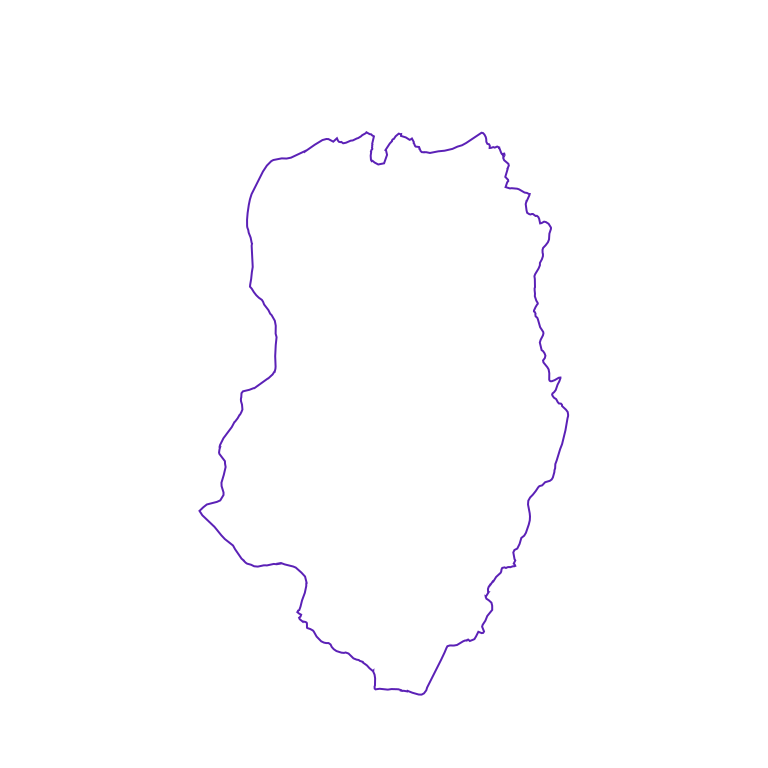 Rungwe, Mbeya, United Republic of Tanzania (Equal Earth projection), rotated 211°
{"feature_id": "72390352B86695961679763", "entity_name": "Rungwe", "entity_type": "district", "adm_level": 2, "iso_a3": "TZA", "parent_name": "United Republic of Tanzania", "parent_adm1": "Mbeya", "projection": "equal_earth", "projection_center": [33.663, -9.236], "detail": "fine", "context": "isolated", "style": "outline", "palette": "violet", "viewbox_px": 768, "rotation_deg": 211, "n_neighbors": 0, "source": "geoboundaries", "source_scale": "gbopen_adm2", "svg_char_len": 6166}
<svg xmlns="http://www.w3.org/2000/svg" viewBox="0 0 768 768"><g transform="rotate(211 384 384)"><path d="M587.9,524.7L594.2,519.0L595.4,517.0L596.9,510.9L597.2,503.8L595.3,478.5L594.0,473.2L592.1,467.8L589.0,460.4L586.0,454.3L582.7,448.9L581.7,447.7L579.7,446.1L577.9,444.0L573.7,440.8L570.0,436.7L569.5,436.5L568.7,434.4L556.8,416.7L554.9,411.9L552.0,405.7L549.9,400.3L549.0,398.4L546.5,397.6L542.8,395.7L539.2,394.3L535.7,393.5L532.0,393.2L530.0,392.2L527.7,390.4L521.1,387.8L517.7,385.6L515.9,385.2L510.2,382.0L506.8,378.2L502.8,371.3L500.2,368.8L496.9,361.7L491.6,351.8L485.9,343.1L484.9,341.1L484.1,338.5L484.3,338.5L484.4,334.9L486.1,329.1L486.4,328.9L493.0,313.6L493.6,313.3L496.4,309.7L501.1,305.1L501.4,302.7L499.4,298.9L499.4,298.6L498.8,297.2L497.7,295.6L495.1,293.2L492.2,289.2L491.8,286.7L491.6,283.6L491.9,283.1L491.8,279.2L492.3,274.9L492.6,274.4L492.3,268.7L493.7,254.8L493.1,247.2L492.5,245.3L491.8,244.4L491.7,244.6L491.3,243.1L490.1,240.3L489.1,239.3L480.6,235.9L479.2,233.8L477.0,231.3L474.5,223.5L472.5,215.7L470.6,212.8L465.7,208.4L464.4,206.2L464.4,199.9L466.5,196.9L473.8,189.5L475.4,185.3L476.8,180.2L472.1,177.9L455.6,174.2L445.4,170.5L440.5,169.1L430.2,167.8L426.6,165.7L416.1,160.9L413.4,160.5L413.4,160.3L410.6,159.6L408.8,159.5L404.9,160.6L401.4,160.9L398.1,162.5L393.6,166.7L390.8,168.3L385.8,173.0L383.2,174.2L381.1,176.0L381.8,176.0L380.1,177.5L376.3,178.2L367.8,180.8L365.1,181.2L357.6,179.8L352.5,178.3L347.8,173.6L348.0,173.2L346.6,170.8L344.3,164.2L342.8,156.3L340.9,150.1L340.2,146.6L340.8,145.7L340.8,146.1L340.9,145.5L340.4,143.8L339.0,143.5L336.2,143.6L335.8,141.6L336.4,139.9L335.1,139.0L331.0,138.4L331.0,138.8L328.6,139.6L327.4,139.6L326.7,139.0L324.6,135.6L324.1,135.3L321.0,136.0L318.0,136.1L316.8,135.7L311.7,132.8L305.3,131.1L302.3,131.4L300.0,132.2L298.1,133.4L295.6,133.2L293.4,131.7L290.5,130.8L287.2,130.6L282.1,131.8L279.8,132.9L278.6,134.1L275.6,134.7L268.9,133.1L265.6,133.6L263.5,134.4L262.2,134.2L259.1,134.9L258.8,134.4L253.7,134.0L250.1,132.9L245.6,132.2L245.5,132.6L245.2,132.0L242.4,130.0L240.0,127.1L236.5,121.0L236.2,119.7L235.1,118.1L234.0,117.9L230.8,120.5L223.3,124.0L220.4,126.4L214.5,129.7L211.7,130.4L211.6,129.9L210.3,130.3L209.1,131.2L205.7,132.5L205.8,133.1L200.6,134.0L194.3,135.7L191.8,137.1L190.4,139.4L190.0,143.2L190.7,146.0L193.0,177.0L193.8,185.1L194.5,189.9L194.6,191.9L192.9,193.8L189.4,195.8L187.0,197.9L183.6,204.3L182.3,206.0L180.9,206.7L180.9,207.5L180.2,208.3L178.1,207.9L176.0,210.6L175.1,211.9L175.1,215.0L175.5,220.2L171.9,220.8L170.8,221.8L170.8,223.4L174.9,226.5L175.4,228.4L175.2,233.3L176.0,238.3L174.9,246.1L177.1,249.7L179.3,251.9L182.9,252.6L185.6,252.7L187.0,253.7L187.5,254.3L187.2,254.3L187.1,259.0L187.3,258.8L189.3,261.8L189.8,264.0L189.7,265.8L189.5,265.6L189.3,267.1L189.1,270.8L188.7,270.7L188.6,271.0L188.5,276.4L186.8,282.2L186.9,283.5L187.8,285.7L187.9,287.3L186.2,288.9L184.7,289.1L183.8,290.5L182.5,291.6L181.5,291.9L179.5,294.3L178.6,294.7L177.8,295.7L179.1,296.6L180.3,296.9L180.6,300.4L181.9,301.1L186.4,306.2L186.7,308.9L185.0,311.6L185.4,316.7L187.0,322.8L185.7,326.2L185.7,329.5L187.5,338.0L188.8,342.2L190.6,345.6L192.5,348.2L198.5,354.9L200.2,358.3L200.3,362.0L199.4,365.8L198.8,370.4L198.6,374.9L198.2,376.5L196.2,378.6L195.3,382.8L192.0,386.4L191.1,388.5L191.1,390.8L192.6,396.2L193.5,398.0L193.9,399.9L195.9,403.6L196.6,407.4L199.5,419.0L200.4,424.2L204.6,437.7L209.1,449.3L209.6,451.1L210.2,452.3L212.1,454.6L214.8,455.7L220.0,456.8L220.8,457.9L222.2,458.3L224.1,457.4L225.8,458.0L228.6,459.7L231.3,459.8L233.2,460.6L234.4,461.4L234.7,462.7L234.0,464.6L233.7,467.3L234.9,472.9L235.1,476.6L235.8,480.0L236.1,480.4L237.4,479.4L239.7,475.2L241.5,472.9L242.5,472.2L243.6,472.1L244.6,472.8L247.9,478.4L250.4,481.3L252.6,482.5L258.4,484.6L259.8,486.1L259.5,489.0L260.2,491.4L262.2,493.0L264.6,494.1L266.3,494.2L271.8,499.8L272.5,502.6L272.8,507.5L273.4,509.5L274.3,510.6L279.4,513.1L285.4,518.7L286.7,519.7L288.9,520.1L290.1,521.6L290.3,522.3L291.7,523.3L292.8,523.4L293.3,524.3L293.7,528.0L293.7,530.8L293.5,532.0L294.1,532.7L296.4,533.9L299.9,536.9L301.1,539.2L303.0,541.7L304.2,543.6L304.4,544.7L308.8,551.7L310.6,553.9L311.0,556.0L311.0,562.7L311.5,566.0L312.7,568.1L312.9,572.3L313.6,575.4L314.7,577.3L315.6,578.1L317.2,580.6L317.7,582.7L316.9,586.2L316.5,589.9L317.0,592.9L319.7,598.1L320.8,603.0L321.5,604.1L325.4,606.1L328.6,606.2L330.4,605.6L331.8,603.1L332.9,602.1L336.1,605.5L337.7,606.6L339.6,606.9L340.6,606.1L343.9,606.4L344.9,605.8L345.7,604.8L347.0,604.4L349.5,604.5L351.2,606.2L355.2,611.2L356.0,613.9L355.8,613.9L356.6,620.7L357.0,621.9L357.8,621.5L359.9,621.4L362.1,620.5L368.5,620.4L370.4,620.0L375.4,617.6L376.8,616.5L381.2,615.4L382.3,620.4L382.0,621.9L382.8,622.9L386.7,624.0L388.8,632.2L389.1,632.2L389.5,635.5L390.8,636.8L396.3,637.7L398.3,639.2L398.4,640.9L399.0,640.7L399.6,640.9L399.8,641.4L399.9,642.6L399.1,642.9L399.6,643.4L401.3,641.8L402.5,642.4L406.2,645.3L406.8,645.3L407.1,646.1L409.3,645.8L410.8,643.7L412.4,643.3L413.9,641.5L415.0,640.7L416.0,642.7L417.4,643.6L419.1,643.1L421.0,644.3L422.6,646.7L424.0,648.1L426.3,649.5L428.3,650.1L429.8,649.6L437.7,632.9L440.1,628.8L443.3,625.3L446.4,620.8L452.2,615.2L457.3,611.4L463.6,605.7L467.3,604.4L469.0,603.4L469.0,603.2L471.1,602.2L472.7,602.6L475.0,604.4L475.1,604.2L476.0,605.2L479.2,603.8L480.3,604.2L481.4,605.2L482.7,605.8L483.0,606.7L486.5,608.8L487.1,607.4L487.8,606.5L492.3,606.6L497.2,605.4L498.0,607.0L498.3,606.7L500.3,606.2L501.6,602.4L501.8,599.1L502.5,598.2L502.6,597.0L502.2,596.3L502.9,593.2L503.2,585.4L502.8,585.5L499.4,582.0L497.6,573.2L502.0,569.2L506.1,569.0L508.9,569.4L509.3,568.7L510.6,569.4L513.0,572.8L514.5,576.3L514.9,576.4L515.3,578.2L515.0,579.1L515.2,579.7L516.0,580.3L516.3,581.3L517.0,582.3L517.2,583.3L517.8,583.7L520.2,591.1L522.2,591.0L523.5,591.4L525.0,590.8L528.7,590.7L528.8,589.6L530.9,585.9L531.2,584.6L532.8,581.5L533.8,580.4L536.2,576.7L537.9,575.4L540.8,571.3L542.5,569.7L543.0,569.3L545.3,569.5L546.0,568.8L547.4,568.4L548.8,568.9L550.9,570.4L552.3,565.6L557.8,565.3L559.6,564.3L562.4,561.4L566.6,553.4L571.4,542.7L571.6,543.1L580.3,530.1L583.6,527.1L587.9,524.7Z" fill="none" stroke="#5b21b6" stroke-width="2"/></g></svg>